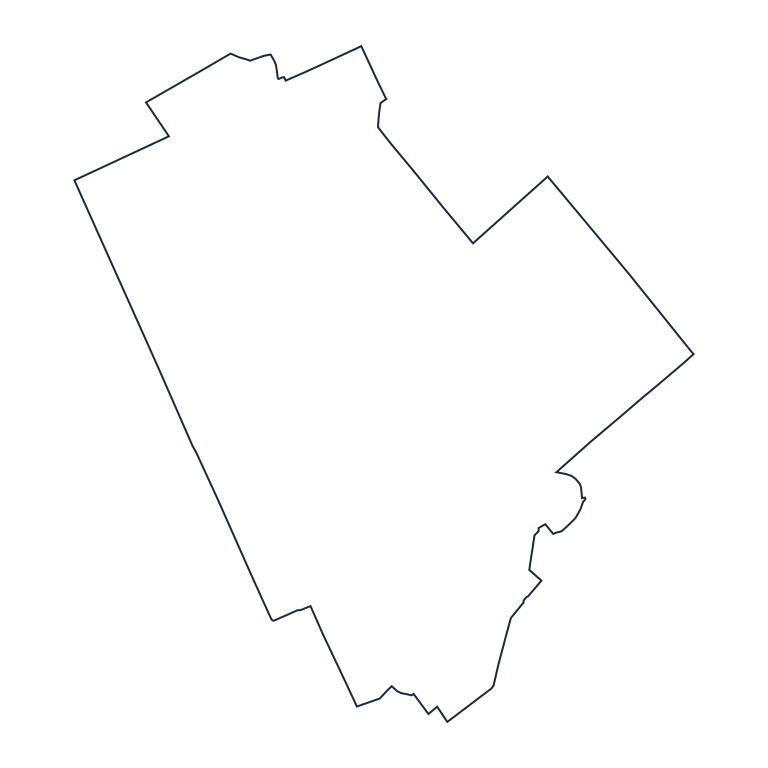 Bogdana, Teleorman, Romania
{"feature_id": "2599482B84849279259859", "entity_name": "Bogdana", "entity_type": "district", "adm_level": 2, "iso_a3": "ROU", "parent_name": "Romania", "parent_adm1": "Teleorman", "projection": "orthographic", "projection_center": [25.095, 43.922], "detail": "fine", "context": "isolated", "style": "outline", "palette": "slate", "viewbox_px": 768, "rotation_deg": 0, "n_neighbors": 0, "source": "geoboundaries", "source_scale": "gbopen_adm2", "svg_char_len": 1634}
<svg xmlns="http://www.w3.org/2000/svg" viewBox="0 0 768 768"><path d="M447.3,721.9L491.3,688.6L493.6,685.5L498.2,665.4L506.0,635.9L510.8,618.1L523.5,602.6L523.6,600.5L525.0,598.8L526.5,597.1L527.9,596.5L541.2,580.9L541.4,580.6L534.1,574.2L529.3,570.0L529.6,567.8L530.4,562.2L531.1,557.5L532.7,547.5L533.8,539.8L534.5,535.4L538.6,531.1L538.6,528.1L545.2,524.2L547.0,526.3L553.2,533.9L556.2,532.6L559.2,532.0L561.8,531.1L567.7,525.8L574.1,519.5L576.0,517.2L578.7,512.5L580.7,508.7L583.2,501.6L584.5,500.5L585.5,498.7L584.9,497.6L582.1,498.0L581.0,487.3L579.9,484.1L575.6,478.9L571.6,475.9L568.7,475.0L565.7,474.0L556.4,472.2L590.6,441.8L618.9,417.9L643.5,396.8L652.3,389.6L670.8,373.9L675.7,369.8L685.5,361.4L691.9,355.6L693.6,354.1L690.3,350.3L628.6,273.5L547.7,176.5L473.0,243.3L443.3,207.6L414.1,171.6L390.8,143.6L378.2,127.5L378.0,126.4L379.1,113.0L380.5,103.2L382.7,101.5L386.3,99.0L386.1,98.8L382.4,91.2L380.1,86.6L379.4,85.2L376.7,79.4L366.9,58.2L364.0,52.1L361.2,46.1L357.8,47.8L333.9,58.9L306.1,71.7L285.7,80.6L284.1,77.3L282.8,77.3L278.5,79.0L277.7,77.8L277.1,72.5L275.9,64.7L274.1,60.6L270.6,54.5L263.6,55.9L250.0,60.7L247.1,59.6L238.6,57.1L230.6,53.6L197.9,72.6L146.0,102.4L168.9,136.3L74.4,180.3L81.5,196.2L110.4,260.7L148.6,346.0L154.5,359.3L158.7,368.6L192.4,445.6L196.7,453.5L217.6,499.0L253.1,579.0L271.2,618.9L272.3,620.2L273.7,620.8L277.5,619.1L297.6,610.2L300.6,610.1L310.5,606.1L322.3,632.9L346.0,683.1L356.9,706.5L379.8,698.5L387.2,690.5L391.7,686.2L397.1,691.1L401.0,693.1L405.8,694.0L411.6,695.3L413.6,693.9L428.4,714.0L437.2,706.7L444.5,717.7L447.3,721.9Z" fill="none" stroke="#1e293b" stroke-width="2"/></svg>